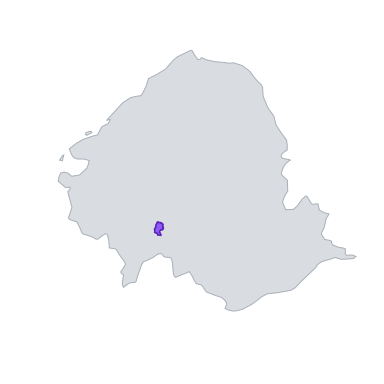 Sithor Kandal, Prey Vêng, Cambodia (highlighted), rotated 66°
{"feature_id": "14789045B29604176056880", "entity_name": "Sithor Kandal", "entity_type": "district", "adm_level": 2, "iso_a3": "KHM", "parent_name": "Cambodia", "parent_adm1": "Prey Vêng", "projection": "natural_earth1", "projection_center": [105.355, 11.775], "detail": "fine", "context": "in_parent", "style": "filled", "palette": "violet", "viewbox_px": 384, "rotation_deg": 66, "n_neighbors": 0, "source": "geoboundaries", "source_scale": "gbopen_adm2", "svg_char_len": 5291}
<svg xmlns="http://www.w3.org/2000/svg" viewBox="0 0 384 384"><g transform="rotate(66 192 192)"><path d="M317.6,68.5L318.4,71.7L316.3,77.7L314.1,83.2L310.0,87.9L309.8,91.4L308.4,101.8L309.0,105.2L309.9,108.0L311.3,109.5L314.9,119.7L318.2,129.0L321.4,136.6L322.0,141.5L319.1,153.7L315.6,164.9L316.0,170.5L317.4,176.1L319.0,183.5L319.6,193.1L318.8,199.3L317.3,203.2L314.3,207.1L311.7,209.2L308.6,205.8L306.1,205.6L302.8,206.7L300.1,208.2L294.8,214.0L288.9,219.7L280.7,221.1L277.6,225.3L274.2,225.9L267.7,226.1L263.5,227.1L263.7,229.2L263.3,239.2L263.4,241.5L262.8,242.1L259.8,242.4L254.9,240.9L248.2,238.4L243.4,238.0L240.9,242.4L239.5,244.1L237.7,244.3L235.8,245.1L235.1,247.1L235.0,249.5L235.9,253.6L236.2,260.2L236.0,264.7L237.8,267.5L248.0,277.1L251.0,279.5L251.4,280.9L249.6,286.1L251.2,293.4L248.0,293.3L242.6,290.1L240.1,288.2L237.0,289.8L235.9,289.5L233.8,285.9L231.0,282.2L228.2,282.0L222.2,283.4L216.1,284.4L213.8,284.4L212.8,285.1L209.3,290.5L207.8,289.6L201.6,287.5L196.0,286.7L194.9,288.1L195.6,292.6L196.8,296.9L196.1,298.8L193.0,301.0L188.9,305.2L186.4,308.4L184.7,309.2L178.5,309.0L172.3,309.4L169.8,312.5L167.5,314.8L165.5,315.5L157.4,308.0L141.3,305.4L139.6,302.1L138.0,301.4L136.6,305.7L127.7,309.8L124.1,307.4L121.3,304.3L121.8,300.7L124.3,297.7L128.7,295.5L130.7,287.9L127.4,278.2L124.5,275.4L121.4,273.2L118.2,276.8L115.4,283.0L112.6,286.1L108.5,286.8L102.7,286.6L100.4,277.4L99.7,269.5L100.5,260.5L101.4,255.1L95.7,247.8L95.4,240.8L92.7,237.2L91.9,239.0L92.0,241.0L91.2,239.5L82.3,219.0L80.8,209.4L82.4,202.1L83.3,199.6L80.7,195.8L77.1,191.4L70.7,185.6L70.3,176.5L68.9,165.8L67.0,162.1L64.1,155.5L62.5,150.1L62.0,135.6L62.8,134.4L67.4,134.0L73.2,132.9L74.1,130.6L73.1,128.7L76.8,125.4L82.2,118.2L86.3,110.7L89.3,106.0L91.1,101.2L97.1,94.6L105.4,90.0L111.0,88.9L116.8,87.3L122.4,85.1L125.1,84.9L132.0,87.6L135.8,88.3L139.7,88.2L143.8,88.5L147.4,88.2L155.9,86.4L164.9,87.9L173.0,86.7L183.0,84.5L187.9,85.9L192.4,88.0L193.0,92.5L194.0,94.5L195.5,96.0L197.5,96.0L200.0,92.9L202.2,89.8L202.9,89.2L203.0,90.8L204.0,94.2L205.9,97.6L207.8,99.8L211.1,102.8L213.1,103.0L220.0,100.1L230.2,104.2L231.4,106.3L234.7,110.5L238.3,113.5L246.3,113.6L249.1,106.3L247.7,101.8L243.2,94.0L241.9,89.4L243.4,88.6L251.1,87.7L252.3,86.8L254.0,81.7L256.1,82.3L260.4,82.9L264.9,79.5L267.6,75.8L269.1,77.5L270.7,80.1L272.4,81.5L275.7,83.7L279.2,86.8L281.5,89.8L283.3,91.0L287.8,90.2L289.1,90.3L291.7,86.6L293.6,84.6L295.2,85.2L297.5,85.1L302.2,80.5L305.0,76.2L306.5,75.0L310.7,77.2L312.5,76.7L314.9,70.9L317.6,68.5ZM97.4,265.2L96.5,265.8L95.7,265.8L94.8,264.9L94.9,261.6L95.5,259.6L97.0,259.2L97.4,265.2ZM110.8,297.8L109.0,300.0L106.1,295.4L106.1,294.1L110.8,297.8Z" fill="#d9dde1" stroke="#a8b0b8" stroke-width="1"/><path d="M207.0,233.3L206.9,233.4L206.9,233.5L206.7,233.8L206.7,234.0L206.5,234.3L206.5,234.5L206.4,234.6L206.3,234.9L206.2,235.0L206.1,234.9L205.9,234.9L205.9,235.1L205.7,235.3L205.6,235.5L205.4,235.6L205.3,235.8L205.3,236.0L205.5,236.2L205.6,236.3L205.8,236.4L205.9,236.5L206.0,236.5L206.3,236.6L206.3,236.8L206.4,237.0L206.5,237.1L206.7,237.3L206.8,237.4L206.8,237.5L206.9,237.8L207.0,237.9L207.0,238.0L207.3,238.3L207.5,238.4L207.7,238.5L207.8,238.5L208.0,238.6L208.3,238.7L208.3,238.8L208.5,238.9L208.7,239.0L208.8,239.1L208.8,239.3L209.0,239.3L209.3,239.4L209.4,239.5L209.5,239.5L209.8,239.7L209.9,239.8L210.0,239.9L210.0,240.0L210.1,240.3L210.1,240.6L210.1,240.8L210.3,240.8L210.5,240.9L210.6,241.0L210.7,241.3L210.9,241.3L211.0,241.4L211.2,241.5L211.3,241.5L211.5,241.6L211.8,241.7L211.9,241.8L212.0,241.8L212.3,241.9L212.6,241.9L212.8,241.9L212.9,242.0L213.0,242.0L213.3,242.2L213.4,242.3L213.5,242.4L213.7,242.5L213.8,242.5L213.9,242.4L214.1,242.3L214.2,242.2L214.4,241.9L214.5,241.8L214.6,241.6L214.9,241.5L214.9,241.4L215.0,241.4L215.2,241.2L215.3,241.1L215.4,240.9L215.5,240.7L215.8,240.6L216.0,240.6L216.3,240.6L216.5,240.7L216.8,240.7L217.0,240.8L217.3,240.8L217.5,240.8L217.6,240.6L217.7,240.4L217.8,240.1L217.9,239.9L218.0,239.7L218.1,239.4L218.2,239.2L218.3,239.1L218.4,238.9L218.6,238.6L218.7,238.4L219.0,238.1L218.9,238.0L218.7,237.9L218.4,237.8L218.3,237.7L218.2,237.7L217.8,237.7L217.7,237.7L217.4,237.7L217.2,237.7L216.9,237.7L216.7,237.6L216.4,237.8L216.2,237.9L216.2,238.0L215.9,238.2L215.7,238.2L215.4,238.0L215.3,237.9L215.2,237.8L215.0,237.7L214.9,237.6L214.7,237.5L214.7,237.4L214.5,237.2L214.4,237.1L214.4,236.9L214.3,236.6L214.2,236.5L214.2,236.3L214.2,236.2L213.9,236.0L213.9,235.9L214.0,235.9L214.2,235.6L214.3,235.5L214.3,235.4L214.2,235.1L214.2,234.9L214.1,234.7L214.2,234.4L214.3,234.4L214.5,234.3L214.5,234.2L214.4,234.2L214.3,233.9L214.2,233.8L214.1,233.7L214.0,233.4L213.9,233.3L213.7,233.3L213.7,233.2L213.8,233.1L213.7,233.0L213.5,232.9L213.5,233.0L213.4,233.1L213.2,233.3L213.0,233.2L212.8,233.2L212.7,233.2L212.4,233.1L212.2,233.0L212.2,232.9L212.1,232.7L211.9,232.7L211.8,232.4L211.7,232.4L211.5,232.5L211.4,232.5L211.2,232.6L210.9,232.5L210.7,232.5L210.5,232.4L210.4,232.3L210.4,232.2L210.2,231.9L210.0,231.7L209.9,231.6L209.8,231.8L209.7,231.9L209.4,231.9L209.3,232.0L209.2,232.1L208.9,232.1L208.7,232.2L208.6,232.3L208.4,232.2L208.3,232.3L208.2,232.4L207.9,232.3L207.8,232.5L208.0,232.7L208.0,232.8L207.9,233.0L207.7,232.9L207.5,233.1L207.4,233.3L207.2,233.3L207.0,233.3Z" fill="#8b5cf6" stroke="#5b21b6" stroke-width="1.5"/></g></svg>